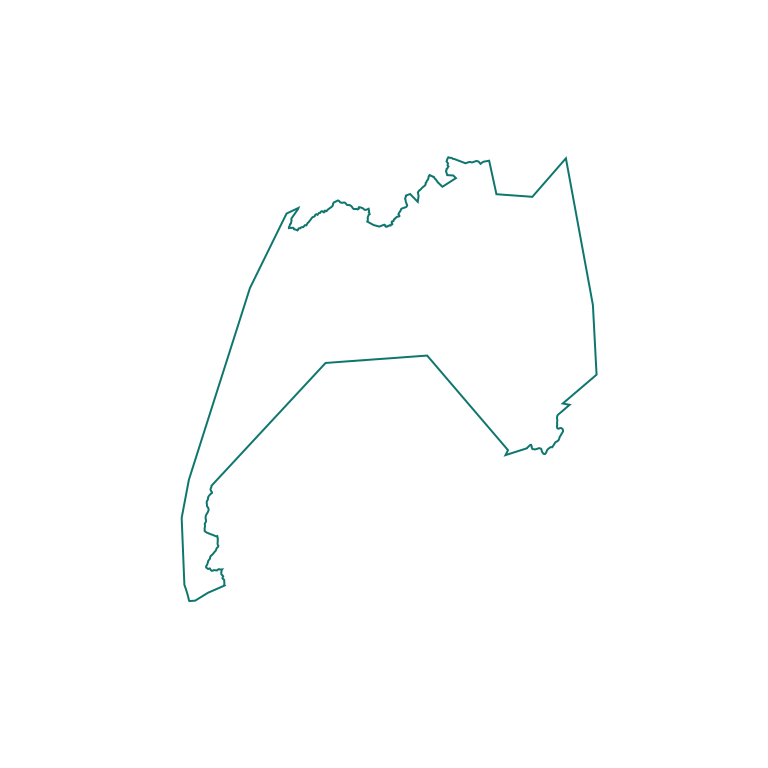 Santa María Guienagati, Oaxaca, Mexico, rotated 214°
{"feature_id": "50627088B17469590564501", "entity_name": "Santa María Guienagati", "entity_type": "district", "adm_level": 2, "iso_a3": "MEX", "parent_name": "Mexico", "parent_adm1": "Oaxaca", "projection": "natural_earth1", "projection_center": [-95.328, 16.779], "detail": "fine", "context": "isolated", "style": "outline", "palette": "teal", "viewbox_px": 768, "rotation_deg": 214, "n_neighbors": 0, "source": "geoboundaries", "source_scale": "gbopen_adm2", "svg_char_len": 5982}
<svg xmlns="http://www.w3.org/2000/svg" viewBox="0 0 768 768"><g transform="rotate(214 384 384)"><path d="M437.2,105.9L433.4,103.1L429.0,99.5L424.8,95.7L424.0,95.2L419.4,98.8L413.1,112.7L412.3,113.9L404.6,126.0L403.6,127.7L403.4,128.0L404.3,128.3L404.6,129.0L404.8,129.3L405.0,129.7L405.3,130.1L405.8,130.7L406.3,131.2L406.6,131.7L406.9,132.2L407.6,132.4L408.4,132.3L408.8,132.5L409.2,132.7L409.3,132.7L409.5,132.9L409.8,134.7L411.2,135.1L412.3,135.2L412.8,135.8L413.4,136.5L413.7,137.1L413.9,137.8L414.1,138.3L414.7,138.9L414.6,139.7L415.4,139.1L416.1,138.5L417.2,138.3L417.6,137.8L417.9,137.3L418.1,136.1L418.8,135.8L419.6,135.3L421.0,134.5L421.6,133.4L422.6,132.7L423.7,133.0L425.3,133.7L425.7,133.3L425.8,133.0L426.3,132.4L426.9,132.2L428.7,132.5L428.9,132.5L429.5,133.3L429.6,135.2L429.8,136.0L430.3,137.8L430.8,139.0L430.8,139.7L430.6,141.8L431.1,142.8L431.4,143.4L431.4,144.2L431.4,144.9L430.8,147.1L430.6,149.8L430.3,151.6L430.7,153.6L430.9,154.1L430.8,155.2L430.5,156.2L430.8,157.1L431.8,157.7L432.5,158.3L433.2,159.3L433.8,160.4L434.3,161.4L435.1,162.3L435.2,162.9L436.0,163.4L436.8,164.3L437.2,164.7L437.9,163.9L438.9,163.6L440.3,163.4L441.3,163.2L442.6,162.9L444.1,162.4L445.4,162.2L446.7,162.0L447.5,161.7L448.5,161.7L449.5,161.7L450.5,161.8L451.0,162.8L451.6,163.4L452.0,164.0L452.4,165.0L452.9,166.1L453.3,166.6L453.9,167.2L454.5,168.1L454.5,169.1L454.7,170.5L455.3,171.5L456.6,172.6L457.5,173.9L458.0,175.2L458.3,176.5L458.4,179.1L458.7,180.7L459.2,181.9L459.6,182.3L460.5,183.0L462.3,183.7L464.9,186.8L465.4,188.2L465.3,189.0L465.8,190.7L466.4,191.5L466.6,192.9L466.4,195.2L466.1,196.5L465.8,197.1L465.7,197.6L466.3,198.2L467.1,198.5L468.3,199.0L469.0,199.8L469.4,201.1L469.4,201.8L469.6,202.2L470.1,203.3L444.2,368.8L406.4,398.5L391.2,410.4L379.8,419.4L364.1,431.7L304.9,415.3L275.2,407.1L244.2,398.5L243.5,393.0L229.5,410.7L229.6,411.2L229.0,413.8L228.7,415.2L228.0,415.8L226.8,415.0L226.1,414.0L224.5,413.1L222.1,414.3L220.7,416.0L219.7,417.4L218.5,418.0L217.4,418.1L215.8,416.8L214.7,416.0L212.8,415.3L211.6,415.8L211.3,416.2L211.2,417.6L211.5,419.2L211.8,420.0L211.7,421.4L211.2,423.2L210.5,424.9L209.2,425.6L209.2,428.8L209.3,429.7L209.3,430.4L209.3,431.5L209.0,432.3L208.3,433.4L207.9,434.9L208.1,436.5L208.5,437.6L208.8,438.6L208.7,439.7L208.9,440.9L208.9,443.1L209.1,444.8L209.8,445.8L210.8,446.5L212.0,446.6L212.7,446.5L213.4,445.9L213.9,445.2L214.2,444.6L214.9,444.3L215.5,444.2L216.2,444.8L217.0,445.6L217.5,446.9L218.3,447.9L218.9,448.7L219.4,449.8L220.1,450.8L220.7,451.8L221.5,452.4L222.0,453.3L222.3,454.0L222.6,454.8L222.6,455.5L218.5,470.5L224.9,467.8L213.0,510.6L254.9,566.2L268.1,579.7L339.2,652.2L359.4,672.8L365.7,622.1L371.0,619.1L396.9,604.2L410.9,617.6L421.7,627.9L426.0,623.7L427.1,620.5L430.0,621.3L432.1,620.6L434.8,617.0L435.4,616.7L437.0,616.1L438.0,615.1L438.5,614.4L440.1,612.4L441.1,612.3L451.7,609.8L452.8,609.2L454.4,609.3L455.6,608.5L456.9,608.1L457.5,607.9L457.4,607.0L457.2,605.5L456.9,604.7L456.6,603.5L455.7,603.2L454.3,602.7L454.0,601.7L453.4,600.7L452.2,600.4L452.3,599.1L452.0,598.2L452.4,597.2L451.8,596.5L451.8,595.8L451.6,595.1L451.2,594.7L450.6,594.4L449.7,593.6L448.4,592.5L443.2,595.6L439.5,594.9L445.8,580.3L447.0,580.3L447.8,580.6L448.8,580.7L451.0,581.1L452.2,581.2L452.9,581.7L453.9,581.9L454.5,582.1L455.0,582.5L456.1,582.6L456.8,582.7L457.7,583.2L458.5,583.6L459.2,583.3L459.7,583.0L460.3,583.2L461.1,583.1L461.4,582.8L462.0,582.8L462.5,582.9L463.0,582.8L463.1,582.1L463.0,581.4L463.0,581.0L462.7,580.5L462.4,579.5L462.0,578.9L461.9,578.3L461.9,577.8L462.0,577.2L462.1,576.6L462.0,575.8L461.7,575.2L461.9,573.9L461.2,573.1L461.1,572.0L461.2,570.7L461.7,569.6L461.8,569.2L462.0,568.3L462.2,567.5L462.5,565.2L463.0,564.5L463.1,561.9L460.4,559.1L457.9,553.9L468.6,556.1L471.2,552.5L470.6,551.9L470.6,550.9L470.3,550.1L470.0,549.2L469.3,548.8L468.8,548.4L467.8,547.2L466.9,546.7L466.2,546.0L465.1,545.5L464.6,544.8L464.5,543.6L464.8,542.8L465.6,541.7L466.0,541.2L466.8,540.2L467.3,539.4L467.6,538.6L467.5,538.0L467.2,537.1L467.2,536.0L467.2,534.8L467.2,533.8L467.0,532.9L466.7,532.7L465.8,532.4L465.1,531.9L465.1,531.5L465.6,531.1L466.2,530.3L466.6,530.1L467.0,529.2L467.0,528.6L467.3,528.2L467.3,527.0L467.7,526.5L467.7,525.8L467.3,524.9L467.3,524.2L468.0,523.7L468.3,523.1L467.8,521.9L467.2,521.8L466.5,521.1L466.6,520.7L466.9,520.6L467.1,520.1L467.3,519.5L467.2,519.1L468.1,518.8L468.3,518.5L468.5,517.5L469.2,517.0L469.3,516.4L469.7,515.8L470.3,515.8L470.7,515.4L471.1,515.5L471.7,516.3L472.2,516.1L472.9,516.2L475.9,511.9L481.7,509.9L482.4,509.9L488.7,509.3L488.9,510.6L489.8,511.8L490.6,512.9L490.8,513.7L491.3,515.8L490.8,516.7L491.8,517.5L492.6,517.8L492.6,518.5L494.0,519.9L494.7,520.7L496.0,518.7L497.1,517.7L498.5,517.6L499.6,517.9L500.7,517.6L501.8,517.4L502.8,517.0L503.6,516.6L503.6,515.9L503.0,515.4L503.0,514.8L503.5,514.0L504.6,513.8L505.7,513.0L506.9,512.1L508.2,512.3L510.1,513.1L511.9,513.2L513.3,512.8L514.2,512.0L515.1,511.8L516.0,512.1L517.3,512.5L518.6,512.2L519.8,511.0L520.8,510.4L522.1,510.1L523.0,510.5L524.1,510.6L524.9,510.3L526.3,507.8L527.2,506.3L527.0,504.8L526.5,503.9L526.2,502.6L526.6,501.3L528.1,497.2L528.2,496.1L528.3,495.2L528.9,495.0L529.8,494.8L529.9,494.1L529.5,493.1L530.2,492.5L531.2,492.9L532.1,492.6L532.7,491.5L532.6,490.2L533.6,489.3L533.7,487.1L534.9,487.0L535.6,486.1L535.3,484.7L535.6,483.5L536.2,482.9L536.7,481.6L536.7,480.6L536.7,479.3L536.9,477.4L537.0,475.5L537.4,474.8L537.2,473.5L537.1,472.1L537.7,471.9L538.2,471.4L538.4,471.3L538.4,470.5L538.7,469.6L538.7,468.9L539.2,468.6L539.9,468.0L540.4,467.1L540.5,466.2L541.3,465.8L541.8,465.2L541.5,463.8L541.7,462.9L542.5,462.9L543.1,462.7L544.3,462.4L545.1,462.0L545.6,462.5L546.8,462.7L547.6,461.9L548.7,461.3L550.0,460.1L550.5,460.9L550.6,461.8L550.8,462.7L551.2,464.0L550.9,464.9L551.4,466.0L551.7,467.0L552.2,468.0L552.9,468.6L553.3,469.8L553.1,480.7L553.4,482.1L560.1,470.8L557.7,453.2L548.8,388.6L504.4,237.0L492.2,195.5L476.9,159.9L437.2,105.9Z" fill="none" stroke="#0f766e" stroke-width="2"/></g></svg>